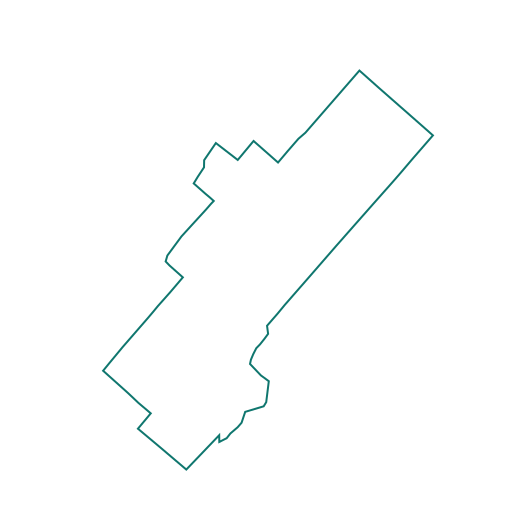 the district of Carlos Barbosa, Rio Grande do Sul, Brazil, rotated 311°
{"feature_id": "56859067B11809989426200", "entity_name": "Carlos Barbosa", "entity_type": "district", "adm_level": 2, "iso_a3": "BRA", "parent_name": "Brazil", "parent_adm1": "Rio Grande do Sul", "projection": "mercator", "projection_center": [-51.517, -29.318], "detail": "fine", "context": "isolated", "style": "outline", "palette": "teal", "viewbox_px": 512, "rotation_deg": 311, "n_neighbors": 0, "source": "geoboundaries", "source_scale": "gbopen_adm2", "svg_char_len": 1054}
<svg xmlns="http://www.w3.org/2000/svg" viewBox="0 0 512 512"><g transform="rotate(311 256 256)"><path d="M463.3,280.2L463.5,238.3L463.8,212.4L425.5,212.4L416.9,212.4L381.4,212.4L372.3,211.1L355.8,211.1L341.0,211.3L341.2,178.7L316.5,179.2L314.9,151.6L294.3,154.0L288.8,158.6L277.5,160.1L269.9,161.4L269.8,176.9L269.9,183.0L269.8,188.0L265.7,187.8L258.1,187.8L246.6,187.5L234.6,187.2L221.9,186.9L198.2,188.8L192.6,191.4L192.1,197.1L191.9,214.8L172.4,215.0L153.7,214.8L146.2,215.0L137.5,215.1L124.9,215.1L110.4,215.1L99.7,215.1L78.7,215.6L69.1,215.9L68.6,249.5L68.0,263.6L68.2,279.8L48.2,280.2L48.7,308.1L49.1,343.5L96.6,345.8L91.6,350.3L99.3,353.4L105.3,353.1L114.7,354.5L120.7,354.5L131.3,350.1L147.6,360.4L152.4,359.6L169.9,347.8L169.1,338.1L170.6,322.3L174.4,320.2L180.2,318.3L186.6,316.7L191.9,317.0L199.1,316.7L205.2,316.2L210.6,310.1L217.9,310.1L226.8,310.1L237.9,309.8L276.3,309.9L282.6,309.9L316.6,309.9L344.8,310.1L371.6,310.3L402.2,310.6L413.3,310.6L433.1,310.4L463.1,310.4L463.3,280.2Z" fill="none" stroke="#0f766e" stroke-width="2"/></g></svg>